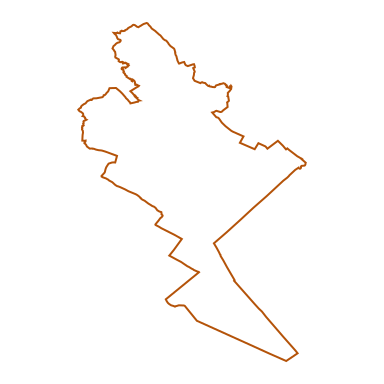 the district of Grebanu, Buzau, Romania
{"feature_id": "2599482B43231848905676", "entity_name": "Grebanu", "entity_type": "district", "adm_level": 2, "iso_a3": "ROU", "parent_name": "Romania", "parent_adm1": "Buzau", "projection": "natural_earth1", "projection_center": [26.952, 45.364], "detail": "fine", "context": "isolated", "style": "outline", "palette": "amber", "viewbox_px": 384, "rotation_deg": 0, "n_neighbors": 0, "source": "geoboundaries", "source_scale": "gbopen_adm2", "svg_char_len": 5766}
<svg xmlns="http://www.w3.org/2000/svg" viewBox="0 0 384 384"><path d="M297.6,353.3L295.8,351.0L283.1,336.6L266.1,316.9L261.9,311.5L258.8,308.6L254.8,304.2L234.1,280.8L234.6,280.2L226.9,267.0L223.2,260.2L221.1,256.8L220.6,256.0L220.5,254.9L220.1,254.6L219.0,252.2L216.6,247.8L213.9,243.3L226.3,232.6L241.2,219.1L253.5,207.7L266.7,196.1L283.3,180.7L287.3,177.6L289.1,175.8L289.3,175.4L295.2,169.9L298.5,167.7L298.6,168.1L299.7,168.7L300.1,168.7L300.5,168.5L300.8,168.1L301.0,167.5L301.0,166.5L301.5,165.9L304.6,165.6L305.1,165.1L305.4,164.4L305.6,162.9L305.7,162.7L301.9,159.4L302.2,159.1L301.7,158.7L301.6,158.8L301.0,158.5L300.6,158.2L298.0,156.6L297.6,156.5L289.3,150.1L287.3,148.4L286.3,149.3L286.0,149.4L282.9,145.7L277.9,140.8L267.4,148.7L266.2,147.2L265.4,146.4L258.4,143.2L254.7,149.2L239.9,142.8L243.5,136.4L232.9,131.7L231.3,130.8L225.5,126.2L221.8,122.6L218.9,118.4L217.9,117.6L216.3,117.2L212.2,112.5L214.2,112.0L215.6,111.1L216.4,110.8L220.2,112.0L221.0,112.0L222.2,111.4L222.3,111.2L223.2,110.3L227.6,107.0L227.3,103.2L227.1,102.4L228.6,101.2L228.9,100.7L228.2,96.5L227.5,96.2L227.7,95.7L227.9,94.4L227.8,92.9L230.2,90.4L230.6,89.5L231.1,89.1L231.5,86.5L231.0,85.8L230.8,86.3L230.5,86.5L229.9,86.4L229.9,87.1L229.7,87.7L229.3,88.0L228.5,87.7L227.1,87.2L227.2,86.8L226.7,86.7L226.8,86.4L226.7,86.3L226.7,85.9L226.9,85.9L226.8,85.6L226.2,85.4L226.3,85.2L225.9,85.0L225.8,84.9L226.0,84.8L225.3,84.2L225.0,83.8L223.3,83.2L222.2,83.7L220.0,84.0L220.1,84.3L216.1,85.4L215.7,85.9L215.1,87.0L214.6,87.2L212.3,87.0L210.9,86.5L210.3,86.6L209.3,86.2L209.2,85.9L208.9,86.1L208.3,86.0L206.4,84.4L205.3,83.1L202.8,82.6L202.1,82.2L200.7,82.8L200.5,83.1L200.1,83.0L194.6,80.8L193.0,78.2L193.9,75.0L194.1,72.8L194.7,71.9L194.7,71.5L193.2,68.1L194.8,67.4L194.6,65.9L194.0,64.2L192.8,64.4L187.8,66.1L185.8,65.2L185.2,64.4L184.2,62.0L182.3,62.4L180.1,63.2L179.7,63.5L178.9,63.5L177.4,60.4L177.2,59.2L177.0,58.8L176.4,56.2L175.6,54.9L175.1,52.8L175.3,52.6L175.3,52.4L174.4,49.3L174.0,48.6L170.4,46.0L168.7,44.0L168.1,42.9L166.3,40.7L165.0,40.2L163.4,39.1L160.4,35.4L159.2,34.6L157.0,32.6L156.5,32.2L155.4,31.1L152.4,29.0L151.7,28.5L150.4,26.6L149.0,25.3L147.7,23.5L146.7,23.0L143.6,24.0L141.1,25.5L140.8,25.8L139.9,26.2L138.4,27.2L136.7,26.6L136.1,26.0L134.8,25.1L133.7,24.8L132.9,25.0L131.4,26.4L129.7,27.2L128.0,28.2L127.3,29.2L125.1,30.2L124.9,30.7L124.0,31.0L122.6,31.1L121.7,31.0L121.6,30.8L120.4,31.4L120.4,32.2L120.0,33.3L117.6,33.0L117.1,32.9L117.1,32.7L116.0,33.1L113.8,32.9L114.7,34.0L116.0,35.0L117.2,37.6L117.3,38.2L117.9,39.0L118.1,39.2L120.4,39.9L120.7,40.7L120.5,41.1L119.9,41.9L119.3,42.3L117.4,42.8L115.8,43.9L115.1,44.8L113.5,46.1L112.5,48.5L113.4,49.5L114.3,50.7L114.5,51.3L115.1,51.8L115.6,55.1L115.2,56.4L115.4,57.5L118.7,59.3L118.9,59.7L118.6,61.1L119.7,61.9L120.6,62.2L122.1,61.8L122.3,61.8L123.3,62.3L122.8,63.2L123.0,63.5L124.1,63.0L124.9,63.2L125.1,62.9L125.6,62.7L127.0,63.6L127.8,63.8L128.3,64.1L127.5,64.8L128.6,65.5L128.0,66.0L127.8,66.5L127.2,66.8L125.7,67.9L125.4,67.3L124.7,67.3L123.8,67.6L123.3,67.4L122.8,67.4L122.2,67.6L122.0,67.8L122.0,68.2L121.7,68.4L121.6,68.9L121.8,69.2L122.2,69.4L122.7,69.2L123.5,70.0L123.4,70.8L123.9,71.4L123.4,72.2L123.7,72.8L124.7,73.4L125.0,73.9L124.9,74.3L125.1,74.8L126.7,76.0L126.5,76.8L129.6,78.8L129.7,78.6L130.4,78.7L131.2,79.2L131.6,80.9L132.4,81.3L132.9,79.7L134.2,80.7L134.6,81.3L135.0,82.3L134.9,83.3L135.4,84.3L135.2,84.4L135.2,84.8L135.9,85.0L136.6,84.6L138.1,85.5L138.9,85.8L138.5,86.3L136.5,87.4L130.4,91.2L132.4,93.1L134.1,95.1L134.4,95.0L134.9,95.3L135.8,96.3L135.1,96.7L135.9,97.5L137.0,97.8L136.7,98.1L138.5,100.0L139.5,100.5L138.7,100.6L138.3,101.1L138.1,101.6L137.9,101.8L137.6,101.6L134.1,102.6L130.4,103.4L129.9,102.2L129.0,101.4L127.6,99.6L126.0,98.2L125.5,97.3L122.4,93.7L120.0,91.3L116.0,88.0L111.6,88.1L109.5,88.2L108.2,91.3L107.2,92.4L106.7,92.7L106.1,93.7L105.1,94.8L104.6,95.1L103.7,95.2L103.5,95.9L103.2,96.5L102.3,97.2L96.4,98.3L93.3,98.4L92.4,99.1L91.7,100.0L91.1,100.0L90.8,99.6L87.3,101.2L85.5,103.4L83.8,104.2L81.8,105.7L81.1,106.5L81.0,107.5L80.9,107.7L79.6,108.4L78.3,109.7L79.3,111.0L80.0,111.5L80.7,111.7L82.7,113.2L83.1,113.8L83.2,114.9L83.2,115.6L82.7,116.1L84.3,116.6L84.8,117.7L85.1,117.8L85.1,118.3L85.8,119.3L86.5,119.7L85.4,120.3L83.7,121.0L83.4,121.7L83.7,123.1L83.1,123.8L83.7,125.4L83.1,125.9L82.3,126.0L82.2,126.6L82.0,127.6L82.3,127.8L82.3,128.5L82.1,128.7L82.0,129.5L82.8,130.7L83.0,132.7L82.6,134.9L82.3,140.6L84.8,140.8L85.6,140.6L85.6,141.2L85.3,141.5L85.2,142.0L84.5,142.5L84.4,143.2L85.4,144.0L86.2,145.0L86.9,146.5L89.7,148.6L92.3,148.5L92.8,148.8L93.6,148.7L96.0,149.6L98.7,150.2L100.9,150.4L102.1,150.6L105.4,151.6L117.0,155.9L115.2,162.5L113.7,162.4L112.0,162.5L108.7,163.6L108.4,163.9L106.4,167.0L105.9,168.1L105.5,169.3L104.9,171.9L104.6,172.6L101.5,176.0L101.6,176.6L102.8,177.2L102.8,177.3L106.2,178.5L107.3,179.2L108.0,179.5L109.1,180.5L112.3,182.2L115.1,184.8L116.4,185.7L117.3,186.2L118.0,186.3L120.3,187.2L125.1,189.4L128.4,191.2L135.7,194.2L137.3,195.1L139.0,196.4L140.8,198.1L140.7,198.3L142.3,199.6L144.6,200.7L148.4,203.6L151.4,205.4L151.5,205.6L152.9,206.3L153.7,206.5L154.4,207.0L155.5,207.8L157.4,210.4L158.1,210.7L159.3,211.5L161.3,212.1L161.6,213.6L161.5,214.3L162.6,215.4L162.5,216.1L161.4,217.5L160.8,217.7L160.2,218.3L158.7,220.4L155.4,224.4L155.4,224.7L155.6,225.0L158.9,226.7L161.3,228.2L174.4,234.8L181.8,239.0L173.8,250.0L169.3,255.6L176.6,259.6L181.0,261.9L187.6,266.4L188.5,266.7L191.7,268.7L193.0,269.3L193.7,269.9L197.5,271.6L198.7,271.9L199.0,272.2L165.8,299.3L166.8,301.3L167.9,302.9L169.0,303.9L171.1,305.3L173.6,306.0L174.6,306.5L174.9,306.6L175.1,306.3L176.3,306.1L178.9,305.3L183.9,305.5L184.8,305.9L196.9,320.8L241.0,340.7L270.1,353.9L286.2,361.0L297.6,353.3Z" fill="none" stroke="#b45309" stroke-width="2"/></svg>